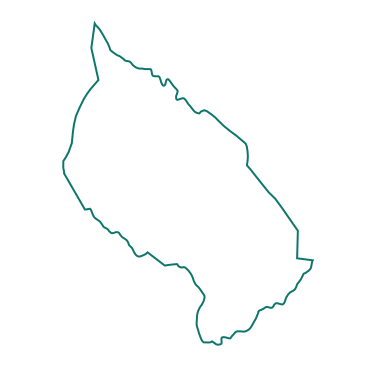 outline of La Libertad, Francisco Morazán, Honduras, rotated 192°
{"feature_id": "27666195B53606089505662", "entity_name": "La Libertad", "entity_type": "district", "adm_level": 2, "iso_a3": "HND", "parent_name": "Honduras", "parent_adm1": "Francisco Morazán", "projection": "equal_earth", "projection_center": [-87.505, 13.705], "detail": "fine", "context": "isolated", "style": "outline", "palette": "teal", "viewbox_px": 384, "rotation_deg": 192, "n_neighbors": 0, "source": "geoboundaries", "source_scale": "gbopen_adm2", "svg_char_len": 5913}
<svg xmlns="http://www.w3.org/2000/svg" viewBox="0 0 384 384"><g transform="rotate(192 192 192)"><path d="M322.2,336.6L320.4,311.9L306.8,282.1L312.7,271.5L315.3,265.6L317.1,260.6L319.4,251.6L321.3,242.3L321.5,233.7L320.9,225.3L319.7,214.8L321.0,205.3L322.3,200.8L323.2,198.2L324.3,195.5L323.0,189.1L321.0,184.4L321.1,183.7L293.1,152.6L291.7,153.0L288.7,154.3L288.2,154.4L287.4,153.8L286.9,153.2L286.2,152.1L285.1,150.4L284.3,149.3L283.3,148.0L282.7,147.3L282.1,146.8L281.4,146.4L280.7,146.0L278.8,145.2L276.7,144.4L276.2,144.1L275.4,143.6L274.9,143.1L272.4,140.7L271.4,139.7L271.1,139.5L270.9,139.4L269.1,138.8L267.5,138.4L267.0,138.2L266.6,138.0L265.8,137.3L265.2,136.7L263.8,135.8L262.8,135.3L262.3,135.1L261.8,135.1L261.0,135.3L260.0,135.7L258.6,136.6L258.0,136.9L257.2,137.1L256.6,137.2L256.0,137.2L255.5,137.1L255.0,136.9L254.6,136.6L254.3,136.3L253.7,135.5L253.2,135.1L252.1,134.2L250.9,133.4L250.4,133.1L248.8,132.6L247.2,131.9L246.2,131.5L245.5,131.0L244.6,130.1L243.8,129.1L243.4,128.5L243.0,127.6L242.7,127.2L242.3,126.9L241.6,126.3L240.9,125.9L239.8,125.3L239.1,124.8L238.4,124.0L237.6,123.1L237.2,122.5L236.6,121.6L236.3,121.2L234.2,119.2L233.5,118.6L233.2,118.4L232.4,118.1L231.9,117.9L231.4,117.8L231.0,117.8L230.5,117.8L230.2,117.9L229.6,118.1L229.1,118.3L227.7,119.2L227.1,119.6L224.8,121.3L224.4,121.7L224.0,122.2L222.9,123.7L203.3,114.4L199.1,116.0L195.5,117.2L191.9,118.3L191.7,118.3L191.4,118.3L191.2,118.2L191.0,117.9L190.7,117.4L190.4,117.1L189.4,116.5L188.7,116.2L187.8,116.0L186.9,116.0L186.1,116.1L185.8,116.2L185.1,116.6L184.6,116.7L183.8,116.8L183.2,116.7L182.6,116.5L181.8,116.1L179.9,114.9L178.8,114.2L178.2,113.6L176.0,111.6L175.2,110.7L174.8,110.2L174.0,109.1L173.4,108.3L172.4,106.5L171.8,105.4L170.6,103.9L169.7,102.9L169.1,102.3L168.5,101.8L167.9,101.4L166.9,100.9L166.3,100.5L164.5,99.1L163.9,98.6L158.9,93.8L158.5,93.3L158.2,92.9L158.0,92.3L157.9,91.8L157.8,91.3L157.8,90.7L157.8,89.1L157.9,88.4L158.0,87.6L158.4,85.7L158.8,84.5L159.0,83.7L159.6,82.5L159.9,81.8L160.3,80.8L160.6,79.8L160.8,78.8L161.1,77.5L161.3,76.2L161.4,75.1L161.4,73.9L161.4,72.9L160.2,64.7L160.1,64.0L159.8,63.2L159.6,62.5L159.3,61.8L158.4,60.1L157.0,57.6L155.6,55.0L153.9,52.3L152.3,49.9L151.9,49.4L151.4,48.9L150.9,48.4L150.4,48.0L150.1,47.8L149.6,47.5L149.3,47.4L148.8,47.4L147.0,47.8L144.3,48.3L143.3,48.6L142.5,49.0L142.0,49.4L141.3,50.1L140.5,49.8L139.8,49.3L139.4,49.3L138.7,49.0L137.1,48.2L136.4,48.0L135.6,48.0L134.8,48.1L134.1,48.2L133.5,48.5L132.9,48.8L132.3,49.2L131.8,49.7L131.7,49.9L131.7,50.1L131.7,50.4L131.8,51.0L132.4,53.4L132.6,54.4L132.7,54.9L132.7,55.3L132.6,55.5L132.4,55.8L132.2,56.1L131.7,56.4L131.3,56.5L130.1,56.7L128.3,56.8L126.6,56.6L125.8,56.6L125.0,56.6L124.3,56.8L124.1,56.9L123.9,57.3L123.1,59.1L122.3,60.5L121.3,62.2L120.4,63.8L120.1,64.2L119.8,64.5L119.3,64.8L118.8,65.1L118.2,65.3L117.5,65.4L115.5,65.8L112.8,66.1L111.8,66.3L111.0,66.7L110.1,67.2L109.3,67.9L108.4,68.7L107.7,69.5L107.2,70.1L106.7,71.1L106.0,72.6L105.5,74.1L104.3,78.1L103.3,81.1L103.0,82.2L102.8,83.7L102.6,84.8L102.1,87.3L102.1,87.8L102.2,88.4L102.2,88.8L102.1,89.1L101.9,89.5L101.6,89.8L101.2,90.2L99.8,91.1L98.3,92.3L97.2,93.3L96.2,94.4L95.8,94.8L95.4,95.0L94.7,95.2L90.7,95.1L90.1,95.3L89.6,95.5L89.3,95.9L88.9,96.6L88.6,97.3L88.2,98.7L87.8,99.4L87.5,99.8L87.3,100.1L87.0,100.4L86.7,100.6L86.3,100.8L86.0,100.8L84.8,100.9L83.8,100.9L81.8,100.7L80.8,100.7L80.4,100.8L80.0,100.9L79.8,101.1L79.5,101.4L79.3,101.7L79.0,102.1L78.6,103.3L78.3,104.9L78.1,107.3L78.0,107.8L77.9,108.3L77.2,110.4L76.8,111.4L76.4,112.2L75.7,113.4L75.0,114.4L74.2,115.1L73.0,116.0L72.2,116.8L71.5,117.6L71.3,117.9L71.0,118.4L70.7,119.5L70.3,120.7L70.2,121.7L70.1,123.0L70.0,123.5L69.6,124.4L67.3,129.3L65.9,135.0L65.6,135.4L64.9,135.9L64.1,136.4L62.7,138.0L61.8,139.0L61.2,139.7L60.6,140.6L60.3,141.3L60.0,142.0L59.9,142.9L59.9,145.0L60.0,148.5L59.9,149.4L59.7,150.3L75.4,149.0L80.4,176.1L101.5,195.9L109.3,202.8L116.6,207.4L127.3,216.1L139.8,226.5L143.8,229.5L144.1,233.9L144.7,238.2L146.2,243.6L148.0,248.2L149.6,250.5L159.5,255.9L167.6,259.6L174.2,263.0L180.7,267.0L184.7,269.7L188.4,271.6L194.4,274.2L197.0,274.5L199.8,272.7L201.2,270.4L202.5,270.3L203.7,270.4L204.5,270.6L205.3,270.8L206.1,271.2L206.9,271.7L210.1,274.3L212.0,275.9L213.4,276.8L217.1,280.4L217.6,280.8L218.3,281.3L219.0,281.7L219.5,281.8L219.9,281.9L220.2,281.9L220.5,281.8L221.1,281.6L221.8,281.2L225.0,279.3L225.2,279.2L225.6,279.2L225.9,279.2L226.2,279.4L226.6,279.7L226.9,280.2L227.2,281.2L227.4,282.1L227.4,282.8L227.4,283.2L227.4,283.6L227.1,284.6L227.0,286.6L227.0,287.3L227.0,287.6L227.1,287.8L227.2,288.1L227.7,288.6L228.4,289.2L232.2,291.8L234.7,294.1L235.9,295.2L237.3,296.4L238.3,297.2L238.6,297.3L238.8,297.3L239.3,297.2L239.6,297.1L239.8,296.9L240.1,296.5L240.3,296.1L240.4,295.2L240.5,291.9L240.6,291.5L240.9,290.9L241.2,290.5L241.8,290.1L242.1,290.0L242.3,290.1L242.7,290.3L243.2,290.7L243.8,291.3L244.3,292.0L244.8,292.7L245.2,293.3L246.0,295.0L246.7,296.1L247.1,296.7L247.6,297.4L247.9,297.7L248.4,298.0L248.8,298.2L249.2,298.2L250.9,297.7L252.6,297.5L253.3,297.4L254.1,297.5L254.5,297.6L254.9,298.0L255.2,298.4L255.8,299.4L256.1,300.2L256.6,301.6L257.1,302.5L257.5,303.2L257.8,303.4L258.3,303.5L258.9,303.4L261.3,302.9L263.0,302.6L264.0,302.4L265.5,302.4L266.5,302.3L268.6,301.9L269.4,301.8L270.6,301.8L271.8,302.0L273.0,302.3L273.8,302.6L274.5,302.9L275.5,303.4L276.5,304.0L277.0,304.4L277.5,304.8L278.2,305.5L278.6,305.8L279.1,306.1L279.6,306.3L280.2,306.5L280.9,306.7L281.7,306.7L282.6,306.6L283.2,306.5L284.2,306.6L284.8,306.7L285.5,307.0L286.4,307.7L286.9,308.0L291.0,309.8L291.6,310.0L292.9,310.1L294.0,310.4L296.8,311.6L298.2,312.2L300.3,313.2L301.1,313.7L301.4,314.0L301.7,314.3L301.9,314.6L302.6,316.0L303.4,317.2L304.3,318.5L304.8,319.2L305.8,320.5L307.7,322.5L310.4,325.7L312.0,327.5L314.7,330.3L316.3,331.9L318.0,333.3L319.1,334.0L320.5,334.9L321.3,335.7L322.2,336.6Z" fill="none" stroke="#0f766e" stroke-width="2"/></g></svg>